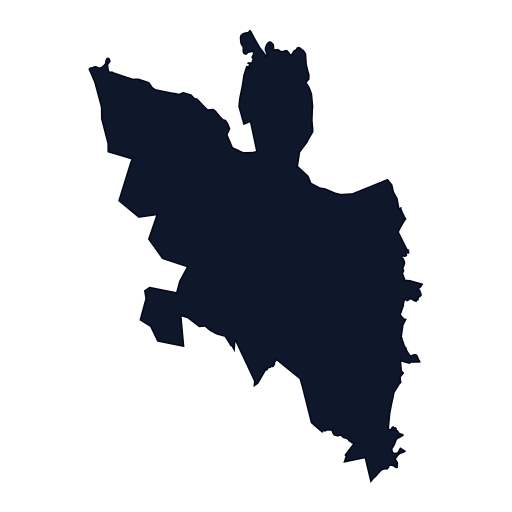 outline of Tecoanapa, Guerrero, Mexico
{"feature_id": "50627088B15392276223600", "entity_name": "Tecoanapa", "entity_type": "district", "adm_level": 2, "iso_a3": "MEX", "parent_name": "Mexico", "parent_adm1": "Guerrero", "projection": "natural_earth1", "projection_center": [-99.252, 16.971], "detail": "fine", "context": "isolated", "style": "filled", "palette": "ink", "viewbox_px": 512, "rotation_deg": 0, "n_neighbors": 0, "source": "geoboundaries", "source_scale": "gbopen_adm2", "svg_char_len": 5952}
<svg xmlns="http://www.w3.org/2000/svg" viewBox="0 0 512 512"><path d="M108.1,143.4L108.2,151.7L132.5,159.0L130.9,162.3L119.0,200.7L138.9,217.1L157.2,214.5L148.8,239.1L162.6,258.4L187.7,266.7L179.8,281.3L176.7,292.9L149.7,287.5L144.8,290.8L146.1,298.9L145.2,301.8L140.3,319.9L150.7,326.3L157.8,341.0L183.6,346.2L180.8,315.5L187.8,317.6L199.3,326.5L205.1,326.0L210.3,330.4L216.8,333.9L225.2,336.2L229.7,343.3L230.4,344.8L231.2,345.7L232.2,346.1L234.2,349.7L234.9,338.8L254.7,381.0L254.3,385.6L257.7,383.2L266.2,368.7L266.8,369.7L267.6,368.7L268.0,367.6L270.5,367.2L271.0,366.6L271.3,366.1L271.8,365.7L272.5,365.9L272.6,366.4L273.2,366.2L274.3,364.5L274.6,362.0L276.7,359.6L300.2,378.7L302.5,386.9L311.5,422.7L322.1,431.8L322.3,431.3L322.9,430.9L324.5,430.5L324.9,430.9L325.6,430.7L326.5,430.2L327.5,429.8L329.8,430.1L330.4,429.9L331.7,430.0L332.2,430.9L332.9,432.8L334.0,434.6L334.6,435.1L336.0,435.3L336.7,435.6L338.2,435.8L339.6,435.2L340.5,435.1L342.2,436.2L343.4,437.4L344.4,437.8L346.5,438.2L348.6,439.8L349.1,440.5L349.2,440.9L349.5,441.1L349.8,441.2L350.6,441.2L350.9,441.4L351.5,442.5L352.0,442.8L354.3,443.3L345.3,455.0L346.3,456.2L344.4,461.9L365.2,457.5L370.9,481.3L373.3,478.3L375.8,476.1L377.2,474.4L377.9,473.7L378.8,472.5L379.7,471.7L380.6,470.6L382.4,469.4L384.6,468.8L387.0,468.9L388.4,467.5L388.8,466.1L389.5,465.3L390.2,465.1L392.1,465.3L393.6,465.8L395.4,467.1L396.1,467.5L397.2,467.3L397.4,462.8L396.5,461.1L395.5,459.8L395.3,459.0L395.5,458.3L396.2,457.5L397.6,455.4L399.1,454.0L400.3,453.2L401.0,452.9L401.8,452.8L403.2,452.3L404.9,451.2L400.4,448.3L398.0,452.5L396.3,453.5L394.7,453.4L393.5,453.2L392.5,452.3L391.6,449.1L394.3,444.6L396.4,439.0L402.9,435.4L402.9,434.7L402.5,434.5L401.7,434.5L399.2,433.4L398.2,432.4L397.6,430.9L396.9,431.1L396.2,430.9L396.0,430.6L396.2,429.1L395.7,428.0L394.0,427.8L393.4,427.5L393.1,426.9L391.8,428.0L391.5,429.8L388.2,429.2L389.7,413.3L391.7,403.1L392.7,398.8L393.9,392.5L399.3,383.8L400.7,382.5L400.1,378.0L400.3,376.6L403.1,373.4L403.2,372.9L401.3,370.9L400.4,360.5L404.3,361.8L409.6,363.2L410.5,362.1L419.7,361.9L419.6,361.2L418.6,359.8L417.6,357.3L416.6,355.3L415.7,354.9L414.6,354.7L413.2,355.0L411.7,355.8L411.0,355.9L409.9,355.5L408.8,354.0L406.7,350.8L405.8,347.7L404.5,346.6L402.9,341.7L402.2,340.0L401.9,338.3L401.5,337.5L401.1,337.5L402.9,325.0L405.7,319.4L404.2,319.2L403.9,319.0L401.6,316.6L400.7,315.2L400.3,314.9L400.1,314.3L401.1,312.2L402.8,306.9L403.2,306.0L403.4,305.2L403.2,305.0L403.2,304.1L403.5,303.5L404.0,300.9L404.4,300.3L405.3,299.7L406.5,299.7L406.8,299.8L406.9,300.3L407.0,300.6L407.3,300.6L407.9,300.3L409.6,298.7L410.6,298.6L411.0,299.0L412.2,299.1L413.3,300.1L414.3,300.7L416.1,301.2L416.4,300.3L417.6,299.9L417.9,299.7L418.1,299.1L418.1,297.1L418.6,296.8L419.6,296.7L420.9,295.5L421.1,295.1L420.9,293.9L420.2,292.2L419.7,290.3L418.5,290.1L418.4,289.2L418.5,288.8L418.6,288.2L419.7,287.6L420.7,286.7L421.1,285.9L421.5,284.6L422.8,284.4L410.1,280.8L406.0,280.4L404.6,281.2L404.5,279.2L403.1,275.2L402.8,274.7L402.4,272.9L402.5,272.6L403.1,271.9L403.5,271.0L403.5,270.6L403.1,269.3L402.6,268.4L402.7,268.1L403.8,265.8L403.9,264.6L404.5,263.8L404.5,262.9L404.4,262.1L403.8,260.3L402.9,258.4L402.2,258.2L402.0,257.9L401.9,257.7L401.7,256.6L402.0,256.1L402.9,255.9L404.7,256.3L406.0,255.7L406.3,255.5L406.5,255.1L405.7,254.0L405.8,253.5L406.7,252.9L408.4,253.0L408.7,252.8L408.7,252.4L408.1,250.6L408.1,250.3L408.3,250.1L406.9,249.6L398.1,232.0L400.4,227.3L402.6,223.5L404.4,220.5L405.6,219.1L405.3,218.3L404.5,217.3L403.8,215.7L403.5,215.4L403.3,214.4L402.4,213.3L402.1,211.9L401.6,211.2L401.2,209.8L400.7,208.9L400.8,208.4L400.8,208.0L399.7,208.6L398.9,209.4L397.0,198.6L393.4,192.2L391.8,185.0L387.5,179.7L352.6,193.9L341.0,194.6L335.0,193.2L325.2,189.0L319.6,188.0L310.8,183.3L307.9,176.2L298.3,167.3L297.2,167.3L299.5,152.1L305.0,144.7L307.0,142.1L308.4,139.1L312.7,131.8L312.7,129.3L311.9,120.3L312.3,110.1L312.6,106.6L311.4,93.8L308.9,87.3L305.8,82.5L308.8,79.1L308.9,74.8L307.7,70.9L306.2,64.4L305.5,54.0L303.4,50.5L302.8,50.4L302.3,50.2L300.5,48.4L299.7,47.9L298.3,47.5L297.7,47.7L297.3,48.0L296.3,49.7L293.9,51.1L292.5,53.7L291.2,54.8L290.8,55.0L290.2,55.0L289.8,54.7L289.5,53.9L288.1,52.0L286.9,50.7L285.9,50.6L284.7,50.9L283.7,51.4L281.7,51.8L280.3,51.2L278.1,49.8L277.7,49.7L275.4,49.9L274.3,49.8L273.8,49.4L273.5,48.6L273.5,46.6L273.3,44.6L271.0,42.4L270.1,42.0L269.4,42.0L268.3,42.7L267.1,44.1L265.8,46.7L265.4,48.6L265.5,50.5L266.3,52.1L266.9,53.7L267.0,55.2L266.9,55.8L266.7,56.2L265.8,56.6L265.9,55.7L260.0,48.1L254.6,38.8L250.6,31.3L249.9,30.7L249.5,31.4L248.5,32.3L247.7,32.7L245.0,33.1L243.1,33.8L241.0,35.6L240.5,37.5L240.6,39.9L241.0,43.2L241.8,45.0L242.9,46.2L243.2,46.9L243.3,48.2L243.2,50.0L243.3,51.7L243.6,52.7L243.9,53.3L244.5,53.7L245.9,54.1L246.6,53.8L247.3,52.7L247.6,52.5L249.2,52.0L250.6,51.8L251.1,51.5L251.9,51.3L252.9,51.6L253.3,52.3L253.6,53.1L253.6,53.9L253.4,54.5L252.9,55.7L252.3,56.6L252.1,57.3L253.3,59.2L253.3,59.5L252.3,61.4L252.4,62.5L251.5,63.1L248.7,62.9L248.2,63.2L249.0,63.6L249.9,65.0L249.6,66.4L249.1,66.8L248.9,66.8L247.8,65.9L248.8,68.4L246.6,66.9L243.9,75.6L243.5,78.6L242.2,86.8L239.8,98.5L239.0,106.4L243.9,124.1L250.5,121.4L256.9,151.6L252.4,152.6L243.2,152.8L232.3,147.7L230.1,142.4L226.8,134.8L229.6,128.7L227.5,123.4L225.4,120.5L222.7,119.7L219.1,115.8L215.4,111.2L213.2,109.5L207.6,110.0L203.3,105.8L197.0,99.1L194.3,98.6L191.1,95.1L183.1,92.7L179.1,94.5L175.5,93.7L171.5,93.1L155.2,89.8L152.0,87.5L148.8,82.7L138.3,79.2L132.6,79.4L112.7,72.7L112.3,72.2L109.7,72.2L108.8,71.6L108.4,70.6L107.8,68.0L107.6,65.5L107.7,64.2L109.5,62.0L109.8,61.6L109.8,60.9L109.6,60.1L108.7,58.4L107.8,58.3L107.1,58.6L106.2,60.1L105.9,61.3L105.7,63.1L105.6,63.6L104.3,65.3L103.1,66.2L102.6,66.9L101.8,67.4L99.2,68.2L98.4,67.9L96.0,66.8L95.6,66.7L94.2,67.0L92.3,67.8L90.5,68.0L89.9,68.5L89.2,69.2L90.1,71.1L94.9,82.2L101.4,106.4L101.6,108.6L101.7,118.7L108.1,143.4Z" fill="#0f172a" stroke="#020617" stroke-width="1.5"/></svg>